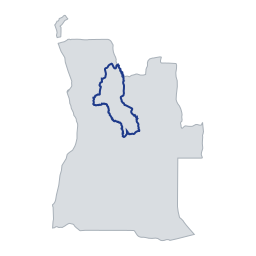 Malanje highlighted on a map of Angola
{"feature_id": "AGO-1876", "entity_name": "Malanje", "entity_type": "Province", "adm_level": 1, "iso_a3": "AGO", "parent_name": "Angola", "parent_adm1": "", "projection": "equal_earth", "projection_center": [17.064, -9.524], "detail": "fine", "context": "in_parent", "style": "outline", "palette": "blue", "viewbox_px": 256, "rotation_deg": 0, "n_neighbors": 0, "source": "natural_earth", "source_scale": "10m", "svg_char_len": 8694}
<svg xmlns="http://www.w3.org/2000/svg" viewBox="0 0 256 256"><path d="M202.6,122.8L202.8,125.0L203.1,128.0L203.3,130.2L203.4,131.2L203.5,131.7L203.3,132.3L203.1,133.6L202.7,134.7L202.5,135.5L202.7,137.0L202.4,141.4L202.3,143.5L202.7,147.4L202.7,148.6L201.6,152.1L201.3,153.9L201.3,154.8L202.3,157.4L202.2,157.9L201.4,158.1L200.8,158.1L177.8,158.1L177.5,203.0L177.5,206.8L178.2,211.9L179.5,217.4L180.0,217.9L181.3,218.9L183.2,220.9L184.2,222.5L186.3,225.2L189.2,228.6L194.3,234.4L176.9,238.8L170.3,240.3L169.7,240.3L168.8,239.7L166.6,239.6L164.1,240.4L162.2,240.6L160.7,240.3L159.3,239.5L157.9,238.5L155.5,238.1L152.0,238.4L148.7,238.2L145.5,237.5L143.3,237.2L141.9,237.3L140.4,237.1L138.8,236.5L137.5,235.5L136.0,233.3L134.7,231.2L134.4,230.9L134.0,230.6L133.6,230.5L126.8,230.4L85.2,230.3L80.3,230.7L80.0,230.6L79.4,230.3L79.0,229.9L77.6,228.7L76.4,227.8L74.8,226.3L73.7,224.6L72.8,224.1L71.3,223.8L70.1,223.5L69.1,223.4L67.5,224.2L66.2,225.0L65.3,225.7L63.7,226.6L62.4,227.4L60.1,227.3L59.6,227.5L58.4,227.4L57.1,226.7L55.9,226.7L54.6,227.7L52.6,228.0L53.0,221.9L53.5,219.1L53.4,215.8L53.1,207.3L52.7,206.2L52.5,204.8L53.7,203.8L54.3,203.0L55.1,201.6L55.7,199.6L56.4,195.2L58.8,185.2L60.0,175.3L61.4,170.6L62.0,165.4L66.2,158.6L67.2,154.4L69.4,152.4L72.6,150.2L74.8,146.3L75.8,143.6L77.0,138.5L77.0,133.1L77.7,125.9L77.6,123.8L76.4,120.9L76.2,118.9L75.1,116.9L73.9,115.4L73.4,112.6L71.3,108.3L70.8,105.5L69.8,103.4L69.6,100.9L69.1,98.2L68.1,95.5L67.1,92.5L67.1,91.6L67.7,90.4L68.3,90.0L68.1,90.6L67.7,91.3L67.8,91.8L71.6,86.5L71.8,85.5L71.7,84.3L71.6,82.9L71.8,81.2L68.2,71.4L65.3,62.2L64.8,57.6L61.1,51.5L59.6,47.6L58.7,44.8L58.1,43.7L58.3,43.2L59.3,43.1L61.4,42.4L64.4,41.7L67.1,40.1L67.8,39.4L69.3,39.2L70.7,39.7L71.3,39.4L71.6,39.3L75.0,39.3L76.5,39.2L79.1,39.3L80.8,39.4L81.8,39.6L84.3,39.8L87.6,39.8L88.7,39.6L92.9,39.5L100.8,39.4L105.0,39.4L108.1,39.4L109.6,40.0L110.9,41.1L111.5,42.1L111.8,42.5L112.2,43.6L112.9,44.4L113.1,45.7L112.9,47.4L113.0,49.5L113.4,52.0L114.3,54.6L115.6,57.3L116.2,59.4L116.0,61.0L116.4,62.7L117.4,64.4L118.1,65.3L118.6,66.1L119.7,68.8L123.3,76.3L123.8,76.7L124.6,76.6L126.3,76.2L127.9,76.2L129.1,76.8L129.6,76.7L131.4,75.4L133.2,75.0L135.0,74.5L136.0,74.0L137.1,74.0L140.1,75.0L140.7,75.1L143.2,75.1L145.6,74.5L146.0,70.1L146.0,69.3L146.6,67.7L147.4,66.2L147.5,64.9L147.4,63.0L148.0,60.8L149.6,59.0L152.3,58.1L153.8,58.0L156.2,57.5L159.8,56.9L161.1,57.0L161.3,57.3L160.5,60.4L160.5,61.4L160.7,62.4L161.4,63.0L168.6,63.1L175.5,63.5L175.9,63.6L176.2,63.8L176.6,65.4L176.5,68.4L175.8,72.8L176.1,76.9L177.2,80.7L177.3,86.6L176.4,94.5L176.1,99.5L176.7,101.6L177.8,103.8L179.5,106.1L180.8,109.0L181.8,112.7L182.1,115.0L181.8,115.9L181.8,117.5L182.1,119.8L181.8,121.4L180.8,122.1L180.5,123.2L181.0,125.2L181.1,127.0L181.7,128.2L182.2,128.3L183.1,127.6L184.3,126.4L185.2,125.9L186.5,126.0L188.3,126.3L191.6,126.4L192.6,126.2L195.6,124.6L196.4,124.5L197.6,124.6L199.2,125.1L200.9,125.2L201.8,124.7L201.8,124.0L202.1,123.2L202.6,122.8ZM67.8,18.8L67.6,19.1L66.3,19.8L64.8,20.5L62.9,23.3L61.9,24.6L61.6,24.9L60.8,25.5L60.1,26.1L60.1,26.4L60.6,26.8L61.0,27.4L61.0,32.0L60.8,36.6L60.6,36.9L59.3,37.1L57.7,37.4L57.2,37.6L57.0,37.2L56.5,35.5L56.8,33.9L57.1,32.8L56.7,30.4L55.9,28.2L55.0,25.5L54.7,25.0L55.5,24.1L56.6,22.2L57.0,21.2L58.3,21.0L58.8,20.3L59.1,19.2L59.3,18.5L60.7,18.0L62.5,17.1L63.4,16.0L64.4,15.4L65.0,15.4L65.4,15.6L66.6,17.4L67.5,18.5L67.8,18.8Z" fill="#d9dde1" stroke="#a8b0b8" stroke-width="1"/><path d="M117.8,64.7L117.8,65.1L117.9,65.3L118.1,65.5L118.2,65.2L118.3,65.2L118.4,65.3L118.7,65.4L118.8,65.5L118.5,65.9L118.4,66.1L118.5,66.2L118.8,66.6L118.9,67.0L119.1,67.8L119.3,68.1L119.9,68.5L120.2,68.8L120.1,69.1L120.2,69.4L120.2,69.8L120.2,70.0L120.4,69.9L120.4,70.1L120.6,70.3L120.5,70.7L120.5,70.9L120.8,71.2L120.9,71.4L121.2,71.5L121.3,71.6L121.3,71.9L121.3,72.1L121.6,72.1L121.5,72.4L121.8,72.4L121.9,72.6L121.9,72.8L121.9,73.0L122.1,72.9L122.2,73.1L122.2,73.3L122.0,73.6L122.4,74.0L122.4,74.4L122.6,74.1L122.7,74.7L122.8,74.8L122.9,75.0L123.2,75.2L123.3,75.3L123.3,75.6L123.2,76.1L123.3,76.3L123.2,76.9L123.1,77.1L123.1,77.3L123.5,77.7L123.5,79.8L123.5,80.3L123.6,80.7L123.8,80.9L123.6,81.1L123.3,81.6L123.2,82.0L123.2,82.5L123.2,82.9L123.3,83.6L123.9,85.0L124.0,86.0L123.9,88.9L123.7,90.6L123.7,90.9L123.7,91.4L123.9,93.0L123.9,93.5L123.6,94.4L123.5,95.2L123.3,95.5L123.1,95.7L121.6,96.4L121.3,96.6L121.0,96.8L120.8,97.2L120.8,97.6L120.8,98.0L121.2,99.2L121.6,100.1L121.7,100.6L121.7,101.3L121.9,101.6L122.3,102.0L122.5,102.3L122.6,102.6L122.8,102.8L123.7,103.2L123.9,103.4L124.2,104.1L124.3,104.4L124.4,104.8L124.6,105.0L125.1,105.1L125.4,105.1L131.9,108.4L132.0,108.5L132.2,108.8L132.2,109.1L132.1,109.5L131.8,110.2L131.6,110.5L131.4,110.8L131.2,111.5L131.2,111.9L131.3,112.3L131.4,112.7L131.7,113.1L132.3,113.9L133.6,115.0L133.9,115.2L134.2,115.3L134.8,115.0L135.1,115.4L134.9,115.8L135.1,115.8L135.4,115.9L135.5,115.9L135.6,116.2L135.7,116.4L135.8,116.9L136.0,117.2L136.1,117.4L136.3,117.4L136.4,117.6L136.7,117.7L136.9,117.5L136.9,117.9L137.0,118.0L137.0,118.3L137.3,118.5L137.2,118.6L137.1,118.8L137.1,119.0L136.9,119.1L137.0,119.3L136.8,119.6L136.7,119.6L136.6,119.4L136.5,119.6L136.6,119.8L136.7,120.8L136.7,121.3L136.9,121.7L137.0,122.1L137.2,122.4L137.9,123.2L138.1,123.5L138.3,123.9L138.4,124.3L138.4,124.8L138.2,125.6L138.2,126.0L138.3,126.5L138.6,127.3L138.7,127.8L138.6,128.2L138.5,128.5L138.5,128.8L138.8,129.2L139.1,129.6L139.2,129.8L139.2,130.1L139.3,130.7L139.2,131.0L138.4,131.0L138.1,131.0L137.5,131.2L136.2,131.8L135.6,132.3L135.3,132.5L134.5,133.6L134.2,133.8L133.7,134.0L133.0,133.9L132.4,133.7L132.1,133.7L130.9,134.1L130.1,134.0L129.9,134.0L129.7,134.2L129.4,134.2L129.2,133.8L129.0,133.6L128.8,133.6L128.4,133.8L128.0,133.7L127.8,133.6L127.7,133.3L127.7,133.2L127.8,132.6L127.6,132.2L127.5,131.7L127.4,131.6L127.2,131.4L126.9,131.0L127.0,132.1L127.0,133.3L126.9,133.8L126.7,134.2L125.5,135.8L125.2,136.1L124.6,136.7L124.4,136.8L123.9,137.0L122.8,136.3L122.9,135.9L122.9,135.5L122.9,135.3L122.6,134.3L122.5,133.9L122.7,133.5L123.1,133.3L123.2,133.2L123.1,132.9L122.7,133.1L122.7,132.9L122.7,132.5L122.7,132.3L123.0,132.1L123.0,131.6L123.0,131.3L122.3,129.8L122.3,129.2L122.2,128.9L121.8,128.9L121.5,128.7L121.5,128.4L121.6,128.1L121.9,127.9L122.0,128.0L122.1,127.8L122.2,127.6L122.2,127.0L122.2,126.7L121.9,126.1L121.7,125.6L121.4,125.2L121.3,124.9L121.3,124.6L121.3,124.0L121.2,123.8L121.0,123.5L120.3,123.0L120.2,122.7L119.4,122.7L118.9,122.5L118.6,121.9L118.3,121.9L118.0,121.8L117.9,122.0L117.4,122.0L117.0,121.6L115.7,121.1L115.3,120.8L114.8,121.1L114.5,121.0L114.3,121.2L114.0,121.1L113.8,121.0L113.6,120.8L113.3,120.1L113.1,119.9L112.6,119.9L112.4,119.6L112.2,119.1L111.9,118.9L111.8,118.6L112.2,118.2L111.7,117.7L111.5,117.3L111.2,117.0L110.4,115.6L110.1,115.4L109.7,115.0L109.7,114.8L109.8,114.3L109.8,114.1L109.3,113.2L109.0,113.0L108.7,112.9L108.5,112.7L108.4,112.5L108.4,112.2L108.4,111.5L108.4,111.2L108.6,111.0L108.8,110.8L108.9,110.7L108.5,108.2L108.3,108.0L108.2,107.7L108.1,106.7L107.9,106.4L107.6,106.3L107.1,105.7L107.0,105.1L107.0,104.8L106.7,104.4L106.5,104.2L106.3,104.1L105.8,104.0L105.5,104.0L105.3,103.9L105.1,103.9L105.0,104.0L104.7,103.8L104.6,103.7L104.4,103.7L104.1,103.8L103.8,103.6L103.5,103.8L103.3,103.9L103.0,103.9L102.4,103.8L102.1,103.6L101.9,103.6L101.8,104.0L101.6,104.5L101.3,104.7L100.1,104.9L99.9,104.9L99.6,104.7L99.1,105.0L98.9,105.0L98.6,104.9L98.4,104.9L98.2,105.1L97.8,105.0L96.9,105.1L96.4,105.3L95.9,105.2L95.7,105.3L95.5,105.2L95.2,105.0L94.9,105.0L94.4,105.0L94.4,104.9L94.1,104.5L93.7,104.4L93.5,104.1L93.3,104.0L93.3,103.8L93.6,103.3L93.7,103.0L93.8,102.5L93.8,102.0L93.7,101.5L93.4,100.8L93.4,100.5L94.0,99.4L93.9,98.7L93.3,97.9L93.4,97.6L93.6,97.6L94.3,97.6L94.8,97.3L94.9,96.7L95.1,96.1L95.4,95.6L95.7,95.5L96.2,95.5L96.5,95.4L96.9,94.9L97.3,94.8L97.8,94.4L98.1,94.4L98.3,94.6L98.9,94.7L99.4,94.6L99.7,94.4L99.8,94.2L99.8,93.1L99.8,92.1L99.8,91.8L99.9,91.3L100.1,89.7L100.5,88.2L100.7,87.4L100.8,87.1L100.8,86.7L100.6,86.4L100.0,86.1L99.8,85.8L99.6,85.4L99.5,85.1L99.7,84.5L100.1,83.6L100.2,83.3L100.2,83.0L100.3,82.8L100.5,82.6L101.8,82.0L102.0,81.8L102.0,81.4L101.9,81.1L101.9,80.2L101.8,79.3L101.8,78.6L102.6,78.7L102.9,78.7L103.2,78.6L103.7,78.2L104.6,77.8L104.9,77.7L105.4,77.0L105.6,75.5L105.9,74.6L105.9,74.2L105.9,73.8L105.8,73.0L105.0,69.8L105.0,69.4L105.0,69.0L105.2,68.6L105.6,68.2L106.0,68.1L106.6,68.0L107.0,67.8L107.7,67.1L108.5,65.6L109.4,64.8L111.3,63.8L111.5,63.7L111.8,63.8L112.0,63.9L112.2,64.2L112.4,64.5L112.7,65.3L113.9,67.6L114.2,67.9L114.4,68.2L114.7,68.3L115.0,68.4L115.3,68.4L115.6,68.3L115.8,68.1L116.1,67.7L116.2,67.2L116.3,66.9L116.4,66.0L116.5,65.6L116.7,65.4L117.1,65.0L117.8,64.7Z" fill="none" stroke="#1e3a8a" stroke-width="2"/></svg>